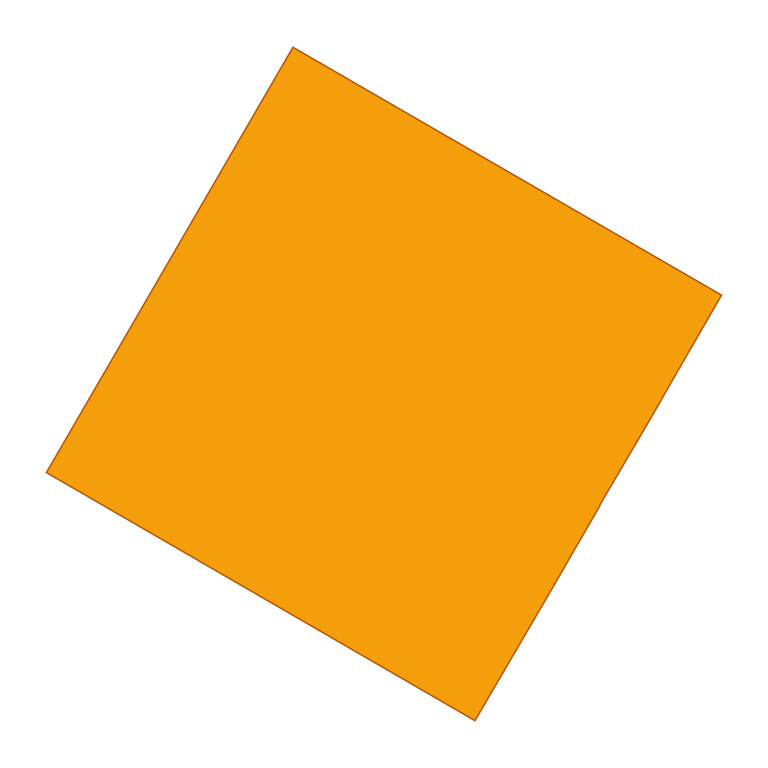 Jefferson, Nebraska, United States of America, rotated 300°
{"feature_id": "52423323B41308713278653", "entity_name": "Jefferson", "entity_type": "district", "adm_level": 2, "iso_a3": "USA", "parent_name": "United States of America", "parent_adm1": "Nebraska", "projection": "mercator", "projection_center": [-97.192, 40.176], "detail": "fine", "context": "isolated", "style": "filled", "palette": "amber", "viewbox_px": 768, "rotation_deg": 300, "n_neighbors": 0, "source": "geoboundaries", "source_scale": "gbopen_adm2", "svg_char_len": 375}
<svg xmlns="http://www.w3.org/2000/svg" viewBox="0 0 768 768"><g transform="rotate(300 384 384)"><path d="M137.9,631.1L138.0,631.1L157.8,631.3L158.5,631.2L272.6,631.8L319.2,631.9L321.5,631.8L341.5,631.8L384.2,631.9L389.2,631.4L485.0,632.1L505.5,632.1L529.0,631.9L629.7,631.9L630.1,136.8L138.5,135.9L137.9,631.1Z" fill="#f59e0b" stroke="#b45309" stroke-width="1.5"/></g></svg>